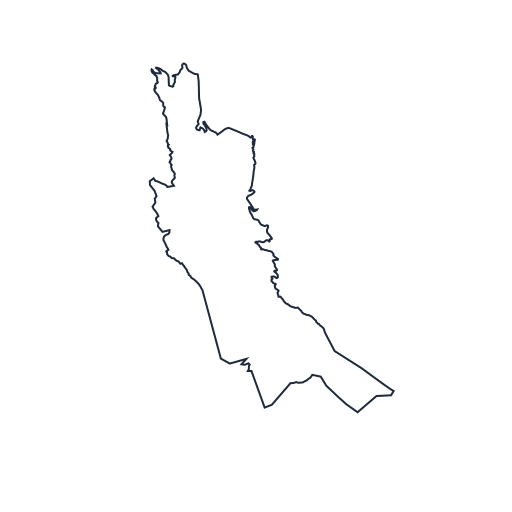 outline of Cuajimalpa de Morelos, Distrito Federal, Mexico, rotated 303°
{"feature_id": "50627088B46057662043676", "entity_name": "Cuajimalpa de Morelos", "entity_type": "district", "adm_level": 2, "iso_a3": "MEX", "parent_name": "Mexico", "parent_adm1": "Distrito Federal", "projection": "orthographic", "projection_center": [-99.285, 19.319], "detail": "fine", "context": "isolated", "style": "outline", "palette": "slate", "viewbox_px": 512, "rotation_deg": 303, "n_neighbors": 0, "source": "geoboundaries", "source_scale": "gbopen_adm2", "svg_char_len": 6088}
<svg xmlns="http://www.w3.org/2000/svg" viewBox="0 0 512 512"><g transform="rotate(303 256 256)"><path d="M217.7,445.0L217.6,441.3L217.9,432.4L219.4,405.2L219.1,373.7L229.2,355.8L232.1,352.2L232.6,349.4L232.6,347.5L233.2,346.1L233.0,344.8L233.5,342.5L234.4,341.5L234.7,339.3L235.5,336.1L235.3,332.8L234.4,331.3L233.6,327.5L233.8,325.2L234.5,324.1L235.5,319.2L233.8,317.1L233.5,315.3L232.8,313.3L232.6,311.6L232.8,310.3L232.7,309.7L233.0,308.8L232.6,307.9L232.6,306.3L233.4,303.6L234.0,302.7L234.5,301.2L234.5,300.7L235.2,298.9L235.1,298.4L234.1,297.3L234.1,297.0L235.4,295.9L236.7,294.2L237.7,293.9L238.3,294.0L239.1,293.9L239.4,292.8L239.3,290.3L239.9,289.2L241.0,288.1L241.4,287.9L243.1,287.9L243.3,287.5L242.7,285.6L242.8,284.9L243.4,283.0L244.1,282.1L244.6,281.9L245.8,282.2L246.5,280.7L247.1,280.4L248.4,281.8L248.6,282.2L248.8,283.5L248.6,285.1L249.2,285.8L249.9,285.9L251.2,285.1L251.9,284.5L252.8,281.9L252.9,279.8L253.6,279.6L254.9,281.2L255.4,281.3L255.9,281.2L257.7,277.2L259.2,276.4L261.0,272.9L261.3,272.6L261.6,272.7L262.4,273.4L264.6,276.2L265.1,276.4L265.4,276.2L265.5,272.1L265.9,270.3L267.1,269.7L268.0,267.3L268.0,266.4L267.9,265.6L267.2,264.0L266.6,261.8L265.8,260.0L265.5,258.2L264.4,256.9L264.6,256.3L265.3,256.2L265.5,256.0L265.9,253.9L266.7,252.7L266.9,252.2L266.8,251.2L267.1,249.9L267.0,248.2L267.4,248.0L267.8,248.1L268.5,249.0L268.9,249.9L270.0,250.6L270.5,251.7L270.8,253.3L271.4,254.4L271.9,255.0L272.9,255.4L274.1,255.7L274.9,256.2L275.6,257.3L275.3,258.9L275.4,259.3L276.1,259.3L277.5,258.5L277.9,258.8L278.5,259.7L278.8,259.9L279.4,259.7L279.8,258.8L281.0,255.7L281.5,253.4L282.3,252.0L283.9,251.0L286.7,250.4L287.6,250.0L287.9,249.5L287.9,248.8L287.4,248.1L286.4,247.6L285.9,247.2L285.2,243.9L285.2,242.9L285.4,242.1L287.2,238.6L287.2,237.7L286.0,234.6L286.0,234.1L286.2,233.1L288.5,229.5L289.4,227.5L290.0,226.6L292.3,224.0L293.1,223.6L293.5,223.8L293.7,224.5L292.2,228.3L292.3,229.7L293.2,230.7L295.2,231.7L295.7,231.7L294.2,230.0L294.0,229.4L294.0,228.7L296.5,223.3L298.9,217.5L299.3,217.0L300.3,216.6L301.6,216.7L302.7,217.1L304.6,218.5L305.7,219.0L308.5,219.9L309.1,219.7L309.4,219.2L309.4,217.5L309.1,216.9L307.4,215.8L307.2,214.9L308.9,215.1L310.3,214.5L311.2,214.5L312.7,214.2L315.1,213.0L321.5,210.2L325.4,208.1L328.8,206.7L330.3,205.8L331.3,204.8L332.9,205.2L333.5,205.1L335.1,203.3L336.9,200.3L338.8,200.3L339.0,200.2L339.5,199.4L340.7,199.0L340.9,198.7L340.9,197.8L341.2,197.6L341.9,197.8L342.2,197.6L342.4,196.2L343.9,195.8L344.4,194.5L344.6,194.2L345.0,194.1L345.8,194.6L346.3,194.5L346.9,194.0L348.1,193.8L348.5,193.5L349.2,193.5L349.8,192.7L350.6,192.7L353.1,191.6L353.1,191.3L352.9,191.2L351.7,191.8L350.3,191.5L349.8,191.7L349.0,192.2L348.6,192.1L349.8,191.2L351.4,191.0L352.6,189.4L354.5,188.2L354.7,187.8L354.6,187.4L354.4,187.2L352.9,187.4L352.4,186.9L352.2,186.2L352.5,185.3L352.5,183.4L351.3,178.1L350.3,172.0L348.8,164.2L348.4,163.1L346.8,161.7L345.1,160.7L340.4,159.1L336.8,157.6L337.3,156.7L337.6,155.1L336.9,149.9L337.0,148.2L338.9,142.9L340.5,139.6L339.6,138.9L338.4,139.8L338.2,140.1L337.7,141.8L336.1,144.8L334.6,146.1L333.5,146.2L332.1,145.5L333.1,144.3L333.8,142.5L333.9,141.3L333.6,139.4L330.7,140.2L330.1,138.6L329.9,137.6L330.3,136.5L331.2,135.8L333.0,135.6L334.8,136.0L335.3,136.0L335.9,135.5L336.7,134.3L337.5,133.7L344.2,132.5L348.2,130.6L349.7,129.4L357.4,122.3L371.0,113.0L376.5,108.4L376.5,107.6L375.8,106.6L375.1,104.6L374.7,98.6L376.2,95.4L378.0,93.6L378.4,91.7L378.2,90.8L377.8,90.3L376.5,90.0L375.8,90.1L373.9,91.7L373.2,92.0L372.0,91.5L370.4,91.4L368.6,91.9L366.4,91.7L365.7,91.6L363.5,89.2L362.8,88.5L361.8,88.0L361.5,88.2L361.5,88.6L362.6,90.4L362.5,90.7L361.6,91.3L359.3,92.0L357.9,93.2L354.3,93.5L353.5,94.2L352.5,93.8L351.8,91.3L351.7,90.0L358.5,85.2L359.9,83.5L360.8,80.4L360.9,79.4L360.5,76.7L360.8,74.2L360.5,73.1L360.5,71.9L359.6,69.7L359.2,69.7L359.2,72.0L357.9,76.0L357.2,76.6L354.6,72.0L354.6,70.8L355.1,68.8L355.6,68.1L355.7,66.9L354.8,67.1L353.7,68.6L353.4,69.3L352.6,73.7L352.9,74.3L351.2,76.4L349.1,77.6L348.3,79.0L347.4,79.1L346.5,78.3L345.3,78.3L342.9,78.8L342.5,79.2L342.7,80.0L342.5,80.4L341.5,80.4L340.7,79.8L340.4,79.8L339.8,80.4L339.0,81.5L338.3,83.4L337.6,86.1L336.0,88.7L334.5,90.5L334.2,93.7L333.8,94.8L331.3,96.5L331.0,97.3L331.1,98.6L329.8,99.2L326.5,100.1L325.2,100.2L324.5,100.9L323.6,104.8L322.8,105.6L322.6,106.0L317.7,110.0L317.7,109.2L311.4,114.4L309.5,116.5L305.9,118.2L303.7,118.4L302.7,120.5L301.7,121.5L301.7,122.2L300.8,121.9L300.3,122.0L300.1,122.1L299.5,123.4L299.1,123.5L299.0,123.9L299.0,125.8L297.8,126.6L297.8,129.3L296.3,129.3L293.7,128.7L292.9,130.7L291.6,132.2L289.7,132.0L289.4,132.4L287.6,132.4L287.2,133.9L286.6,134.6L286.4,135.7L285.4,135.7L284.6,136.2L282.1,139.2L281.8,140.8L280.8,143.1L279.0,143.7L277.3,145.4L273.4,144.7L272.4,144.9L271.9,145.2L271.4,145.9L270.2,148.9L265.6,144.1L266.1,143.2L266.3,142.0L266.1,139.5L265.7,138.5L264.9,132.6L264.1,130.8L265.4,127.8L260.9,126.2L257.8,128.4L255.4,135.5L252.0,140.0L248.9,139.9L246.0,142.5L241.0,142.4L239.5,144.9L239.0,146.9L238.0,149.5L236.3,152.4L233.2,151.5L231.7,152.8L230.7,154.8L230.6,156.2L227.6,157.4L225.3,164.4L230.6,169.4L228.5,170.6L226.5,170.4L225.1,169.3L223.5,168.6L222.1,168.3L219.9,169.0L218.9,169.8L217.0,173.2L216.3,174.1L216.2,174.7L215.7,175.1L214.9,176.3L214.6,177.2L213.5,179.2L211.3,178.2L210.8,178.4L210.7,179.3L209.1,180.5L208.4,182.7L208.8,184.3L208.4,186.5L209.4,188.4L208.7,191.9L209.0,192.5L209.2,194.3L208.5,196.0L208.3,196.9L209.6,197.8L208.7,199.9L208.6,200.8L208.2,201.3L206.5,205.7L205.3,207.1L204.6,209.1L203.6,209.7L203.5,211.9L202.9,212.7L202.5,214.1L202.6,216.6L202.0,220.3L201.2,223.5L200.2,225.9L198.0,229.9L150.8,282.4L151.5,292.6L164.5,304.0L157.3,302.8L158.5,305.7L161.9,308.1L161.4,309.9L160.5,309.9L159.5,310.2L157.3,311.6L155.1,311.8L157.1,314.8L133.6,345.8L139.8,350.3L168.2,354.2L169.6,356.3L172.2,358.5L172.5,360.0L173.1,361.1L175.5,364.1L178.0,365.4L178.9,366.1L182.0,367.1L183.3,367.8L187.0,368.0L190.1,376.0L185.5,385.6L182.5,402.1L180.9,412.2L180.3,426.3L204.2,433.3L212.7,445.1L217.7,445.0Z" fill="none" stroke="#1e293b" stroke-width="2"/></g></svg>